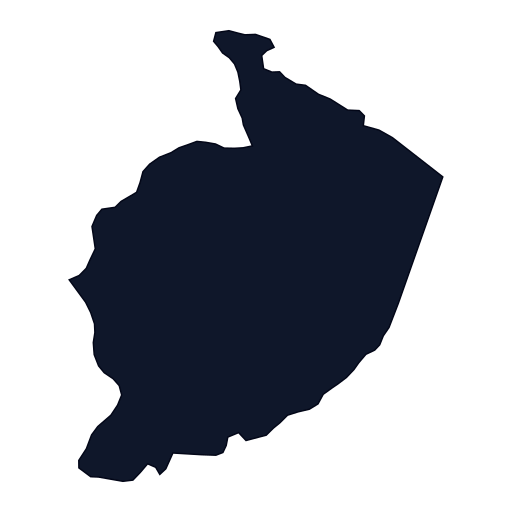 Prata, Paraíba, Brazil (orthographic projection)
{"feature_id": "56859067B2509544079783", "entity_name": "Prata", "entity_type": "district", "adm_level": 2, "iso_a3": "BRA", "parent_name": "Brazil", "parent_adm1": "Paraíba", "projection": "orthographic", "projection_center": [-37.099, -7.688], "detail": "fine", "context": "isolated", "style": "filled", "palette": "ink", "viewbox_px": 512, "rotation_deg": 0, "n_neighbors": 0, "source": "geoboundaries", "source_scale": "gbopen_adm2", "svg_char_len": 1524}
<svg xmlns="http://www.w3.org/2000/svg" viewBox="0 0 512 512"><path d="M215.9,32.6L213.6,41.3L218.1,46.6L222.6,53.0L229.3,57.7L234.5,63.9L237.9,72.1L239.8,81.5L240.9,89.9L235.6,98.5L237.9,108.7L242.2,118.0L243.4,124.9L249.1,138.0L252.4,145.9L243.1,147.8L234.5,148.3L224.1,148.1L215.5,144.0L205.7,142.3L196.9,141.4L187.4,144.9L179.0,147.8L171.0,152.7L159.5,157.2L149.7,164.1L143.0,171.6L140.1,182.5L136.6,192.3L128.8,196.9L121.1,201.4L115.1,207.3L101.9,209.2L96.7,215.4L92.0,226.5L95.3,248.8L90.1,259.7L86.3,268.3L79.2,275.5L69.2,279.8L85.6,302.2L90.7,312.5L94.5,323.8L94.9,332.5L93.3,342.6L94.2,354.6L98.6,365.9L104.2,372.7L113.1,378.7L119.2,385.6L121.7,395.0L117.6,405.1L110.9,415.2L97.8,426.5L91.6,434.9L86.4,448.7L78.8,460.4L78.9,467.9L90.7,476.7L98.3,477.0L122.9,481.3L132.9,480.1L140.2,472.5L147.6,463.8L155.7,467.3L159.8,474.4L165.8,468.8L172.9,453.0L201.7,454.7L215.9,455.2L222.9,452.5L226.2,445.5L227.8,437.1L238.6,432.6L246.0,440.5L258.8,437.1L266.2,435.2L273.4,428.1L280.0,422.7L287.5,415.2L297.9,411.9L309.4,409.2L318.0,403.9L323.2,394.3L331.8,388.1L337.8,384.0L346.4,377.5L353.9,369.6L358.7,362.8L365.9,354.3L374.7,350.1L379.7,344.8L383.3,335.8L389.0,327.5L398.3,303.4L442.8,176.9L392.5,137.7L379.0,130.1L363.3,125.7L364.4,115.9L359.2,110.6L347.7,110.1L337.1,103.4L330.1,99.0L318.5,94.3L305.5,85.3L296.1,84.1L284.9,77.4L279.6,71.8L271.9,72.1L263.6,68.7L261.7,55.5L266.7,50.7L274.1,47.3L269.9,39.4L255.5,34.4L244.9,34.8L237.9,33.1L228.9,30.7L215.9,32.6Z" fill="#0f172a" stroke="#020617" stroke-width="1.5"/></svg>